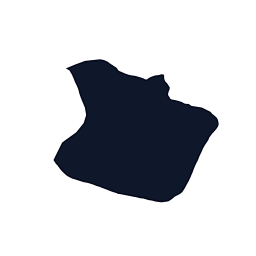 Jayshan, Abyan, Yemen, rotated 57°
{"feature_id": "15242507B52959296866890", "entity_name": "Jayshan", "entity_type": "district", "adm_level": 2, "iso_a3": "YEM", "parent_name": "Yemen", "parent_adm1": "Abyan", "projection": "albers", "projection_center": [46.198, 14.169], "detail": "fine", "context": "isolated", "style": "filled", "palette": "ink", "viewbox_px": 256, "rotation_deg": 57, "n_neighbors": 0, "source": "geoboundaries", "source_scale": "gbopen_adm2", "svg_char_len": 3142}
<svg xmlns="http://www.w3.org/2000/svg" viewBox="0 0 256 256"><g transform="rotate(57 128 128)"><path d="M177.4,171.7L177.6,171.1L178.2,170.5L186.9,161.5L188.3,160.1L189.5,158.8L190.8,157.5L192.3,156.2L193.5,154.9L194.6,153.4L195.9,152.2L197.2,151.1L198.9,149.7L200.1,148.4L201.2,147.1L202.6,145.8L204.0,144.6L205.2,143.2L206.4,141.8L207.6,140.4L208.6,138.7L209.2,137.2L210.1,135.6L210.8,133.6L210.8,132.0L210.8,130.1L210.6,128.3L210.3,126.6L210.4,124.4L210.7,122.7L210.8,121.0L210.8,119.3L210.6,117.6L209.9,116.0L209.0,114.0L208.2,112.5L207.3,110.9L206.4,109.2L205.5,107.5L204.7,106.0L203.7,104.5L202.9,103.1L201.9,101.7L200.8,100.0L199.8,98.5L198.7,97.0L197.6,95.6L196.6,94.1L195.5,92.5L194.5,90.9L193.5,89.2L192.7,87.7L191.6,86.1L190.6,84.8L189.6,83.3L188.6,81.6L187.7,80.1L186.7,78.6L185.7,77.1L184.8,75.6L184.3,74.6L184.0,74.0L183.2,72.4L182.6,70.9L181.9,69.3L181.1,67.4L179.8,65.8L179.1,64.1L178.6,62.6L177.9,60.9L177.5,59.1L177.0,57.3L176.5,55.5L175.9,53.9L175.1,52.1L174.1,50.8L172.6,49.9L171.0,49.3L169.4,48.8L167.6,48.8L165.9,49.2L164.1,49.7L162.4,50.4L160.8,50.5L159.1,51.0L157.6,51.9L156.0,52.9L154.5,53.7L153.1,54.6L151.6,55.5L150.4,56.7L149.3,58.1L147.9,59.5L146.9,60.7L145.7,62.0L144.6,63.3L143.0,64.0L141.4,64.6L140.4,66.0L139.3,67.4L137.8,68.4L136.2,69.2L134.6,70.4L133.1,71.7L131.6,73.0L130.4,74.3L129.2,75.5L127.9,76.8L126.3,77.4L124.5,77.1L122.9,77.3L121.2,76.8L120.0,75.6L118.8,74.3L117.9,72.9L116.6,71.7L114.9,71.6L113.2,71.6L111.5,71.7L109.7,72.1L107.9,72.0L106.2,71.5L104.7,70.7L103.1,69.7L101.8,71.0L101.4,72.7L100.8,74.2L100.0,75.7L99.3,77.4L98.9,79.0L98.5,80.7L98.2,82.3L98.2,84.0L98.3,85.7L97.5,87.4L95.8,88.3L94.4,89.3L93.1,90.3L91.6,91.6L90.2,92.8L88.9,94.0L87.7,95.3L86.5,96.7L85.4,97.9L84.1,99.1L82.7,100.2L81.4,101.2L80.0,102.2L78.5,103.1L77.1,104.1L75.7,105.0L74.1,105.6L72.4,105.4L70.7,105.8L68.9,106.7L67.4,107.3L65.9,108.0L64.4,108.7L62.8,109.2L61.9,109.5L59.9,110.7L58.4,111.8L56.6,113.5L55.7,114.6L49.0,127.8L48.9,128.4L47.0,136.7L46.8,137.5L45.2,146.3L47.9,144.9L48.0,145.0L49.2,145.0L49.4,145.1L50.5,145.2L51.7,145.2L53.0,145.2L54.3,145.5L55.8,145.7L56.5,145.8L57.1,145.9L58.5,146.2L60.1,146.6L61.3,146.8L62.6,146.9L64.0,147.1L65.3,147.3L66.6,147.5L68.2,147.8L69.4,148.2L70.6,148.5L71.9,149.0L73.4,149.5L74.7,149.8L76.0,150.1L77.2,150.4L78.7,150.6L79.6,150.9L87.6,152.3L94.8,155.4L100.4,162.1L104.2,173.7L104.9,188.5L105.1,191.0L114.7,207.2L114.8,207.2L116.2,207.2L117.4,207.2L118.6,207.2L119.8,207.0L121.2,206.7L122.5,206.7L123.7,206.6L124.9,206.6L126.5,206.4L127.8,206.2L129.0,206.0L130.3,205.7L131.5,205.4L132.8,205.1L134.0,204.7L135.2,204.2L136.6,203.5L137.6,202.9L138.9,202.1L140.0,201.4L140.9,200.6L141.8,199.8L142.8,199.0L143.9,198.1L144.9,197.3L146.0,196.4L147.0,195.6L148.0,194.7L149.0,193.9L149.8,193.0L150.7,192.0L151.6,191.1L152.5,190.3L153.5,189.5L154.6,188.6L155.6,187.8L156.6,187.0L157.8,186.2L158.8,185.5L159.8,184.7L160.7,183.9L161.8,183.0L162.8,182.3L163.9,181.6L164.9,180.8L166.0,180.0L167.0,179.3L168.0,178.5L169.1,177.8L170.3,176.9L171.5,176.1L172.5,175.3L173.4,174.6L174.3,173.8L175.3,173.0L176.2,172.2L177.4,171.7Z" fill="#0f172a" stroke="#020617" stroke-width="1.5"/></g></svg>